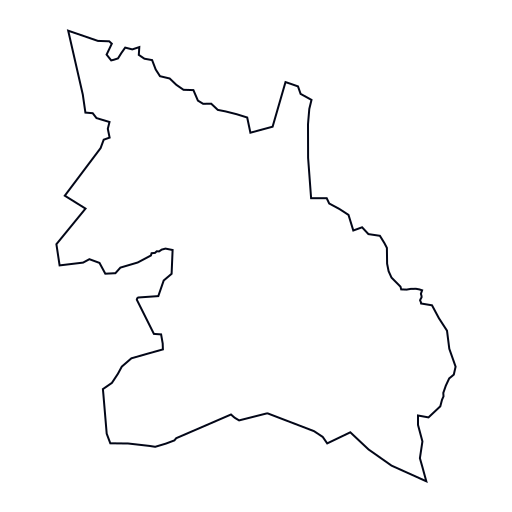 Tofa, Kano, Nigeria (orthographic projection)
{"feature_id": "59680162B46902450612836", "entity_name": "Tofa", "entity_type": "district", "adm_level": 2, "iso_a3": "NGA", "parent_name": "Nigeria", "parent_adm1": "Kano", "projection": "orthographic", "projection_center": [8.331, 12.025], "detail": "fine", "context": "isolated", "style": "outline", "palette": "ink", "viewbox_px": 512, "rotation_deg": 0, "n_neighbors": 0, "source": "geoboundaries", "source_scale": "gbopen_adm2", "svg_char_len": 2029}
<svg xmlns="http://www.w3.org/2000/svg" viewBox="0 0 512 512"><path d="M68.2,30.7L82.8,94.6L85.4,112.6L92.7,113.2L96.5,118.1L109.5,122.0L107.8,128.8L109.6,137.6L103.7,139.7L100.6,148.1L64.8,195.7L85.5,208.6L56.4,244.2L59.6,265.4L83.1,262.6L89.4,259.2L99.5,262.9L105.3,273.7L115.4,273.2L120.4,267.6L137.7,262.5L144.7,258.8L150.9,255.5L151.6,253.2L155.0,252.9L156.7,251.3L159.1,251.4L161.7,249.6L165.5,248.6L172.6,250.0L171.6,273.8L163.7,280.5L158.3,296.1L138.2,297.5L137.2,298.3L136.8,299.7L153.9,333.9L161.1,334.4L162.7,343.5L162.9,349.4L147.2,353.8L131.4,358.3L121.8,366.6L117.9,373.8L111.9,382.9L102.9,389.1L103.4,394.6L106.7,433.7L110.3,443.3L128.2,443.5L149.3,445.9L155.2,446.8L165.9,443.6L174.4,440.4L176.2,438.2L231.0,414.5L233.9,417.1L235.1,418.0L239.1,420.4L266.4,413.5L267.7,413.4L314.1,431.2L322.8,437.0L327.2,443.4L350.3,432.3L368.6,449.5L391.5,465.6L426.3,481.3L423.5,471.1L422.5,467.4L419.9,458.2L422.4,441.6L422.4,441.3L422.2,440.6L418.0,424.9L418.0,415.5L428.5,417.4L433.4,412.8L435.0,411.3L440.3,406.3L442.0,399.8L443.5,396.4L443.3,392.9L445.8,385.7L449.2,378.4L451.8,376.3L453.8,374.6L455.6,366.7L453.5,360.7L449.3,348.8L447.0,330.7L438.9,318.2L432.0,305.3L421.1,303.5L421.0,302.5L420.5,301.3L420.1,300.4L420.4,299.4L421.0,298.4L421.6,297.1L421.5,295.9L420.9,293.8L422.1,290.3L419.3,289.4L416.0,288.8L410.7,288.9L406.6,289.6L401.2,289.4L400.5,286.7L391.5,277.6L388.6,271.2L387.1,263.7L386.9,247.9L384.4,243.1L379.9,235.8L368.4,234.1L362.1,227.3L353.3,230.5L348.5,214.9L339.4,209.0L329.2,203.5L326.7,198.2L311.1,198.2L308.1,157.9L308.0,124.4L308.3,120.5L309.3,108.9L311.5,99.9L300.6,93.9L298.0,86.4L290.9,83.9L285.5,82.1L272.6,126.7L250.4,132.7L247.2,117.5L236.6,114.2L225.5,111.4L217.8,109.9L211.2,103.7L203.1,103.8L197.9,100.6L193.4,90.1L183.5,89.8L176.3,84.8L169.7,78.5L160.0,76.2L155.7,69.5L152.1,60.1L144.4,58.7L138.8,54.9L139.3,47.1L132.3,49.4L125.2,47.6L121.5,52.8L118.0,58.4L113.7,59.8L111.2,60.4L106.6,54.6L111.8,43.7L109.2,41.3L97.9,40.9L68.2,30.7Z" fill="none" stroke="#020617" stroke-width="2"/></svg>